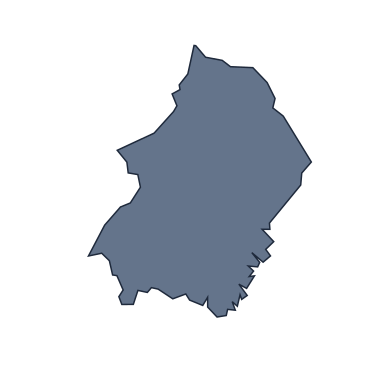 Centar Zhupa, Centar župa, North Macedonia, rotated 238°
{"feature_id": "65306769B61721229469178", "entity_name": "Centar Zhupa", "entity_type": "district", "adm_level": 2, "iso_a3": "MKD", "parent_name": "North Macedonia", "parent_adm1": "Centar župa", "projection": "equal_earth", "projection_center": [20.582, 41.471], "detail": "fine", "context": "isolated", "style": "filled", "palette": "slate", "viewbox_px": 384, "rotation_deg": 238, "n_neighbors": 0, "source": "geoboundaries", "source_scale": "gbopen_adm2", "svg_char_len": 1015}
<svg xmlns="http://www.w3.org/2000/svg" viewBox="0 0 384 384"><g transform="rotate(238 192 192)"><path d="M130.5,100.9L132.4,106.9L127.6,111.8L111.6,119.1L108.8,132.7L101.6,132.7L90.1,141.0L94.4,149.4L86.1,144.3L72.7,147.0L69.1,155.6L73.6,160.0L68.8,166.1L77.7,168.0L71.1,169.9L79.4,178.3L74.6,177.2L75.0,184.0L89.0,182.9L81.3,187.2L87.8,200.5L90.0,195.7L92.3,202.3L99.4,200.5L93.7,208.0L96.4,212.1L108.9,210.6L94.8,215.1L96.2,224.7L104.3,224.1L106.6,235.0L123.2,231.7L119.1,238.3L124.6,241.2L140.3,287.9L149.9,295.1L154.2,309.1L208.0,309.6L220.5,305.1L227.3,312.0L245.0,313.7L265.2,309.5L277.9,291.0L287.6,287.4L299.1,274.9L314.1,272.7L315.2,271.4L294.3,251.0L289.6,237.9L285.2,236.1L285.7,227.1L273.1,224.9L270.0,219.0L262.0,191.1L267.0,150.7L251.8,152.6L242.0,148.0L235.5,155.3L223.4,150.8L215.4,133.9L217.2,123.4L210.2,100.4L192.6,70.3L187.9,83.0L177.5,85.5L163.7,80.7L160.9,84.0L145.4,81.7L142.0,74.5L133.8,72.9L127.8,82.7L137.2,94.0L130.5,100.9Z" fill="#64748b" stroke="#1e293b" stroke-width="1.5"/></g></svg>